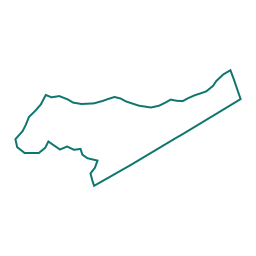 outline of Matinhas, Paraíba, Brazil
{"feature_id": "56859067B3328011598679", "entity_name": "Matinhas", "entity_type": "district", "adm_level": 2, "iso_a3": "BRA", "parent_name": "Brazil", "parent_adm1": "Paraíba", "projection": "albers", "projection_center": [-35.775, -7.119], "detail": "fine", "context": "isolated", "style": "outline", "palette": "teal", "viewbox_px": 256, "rotation_deg": 0, "n_neighbors": 0, "source": "geoboundaries", "source_scale": "gbopen_adm2", "svg_char_len": 785}
<svg xmlns="http://www.w3.org/2000/svg" viewBox="0 0 256 256"><path d="M230.4,70.2L223.2,74.5L216.3,81.0L213.0,85.9L206.2,91.4L200.8,93.3L194.9,95.2L188.3,98.1L182.7,101.1L176.7,100.8L170.7,99.6L165.4,102.6L159.1,105.7L151.0,107.5L139.0,105.7L131.0,103.1L125.9,101.4L120.6,98.5L114.5,97.0L108.7,98.8L102.8,100.9L93.8,103.4L81.6,104.0L73.1,102.6L67.7,99.4L59.3,96.1L51.5,97.3L45.8,95.0L40.8,104.5L35.1,111.0L29.0,116.9L25.5,125.5L22.6,131.1L15.4,139.2L17.2,147.2L24.6,153.0L32.1,153.0L38.8,153.0L45.2,147.8L48.4,141.5L53.9,145.4L60.0,149.5L67.1,146.5L74.0,149.8L80.5,148.9L82.4,154.7L87.4,158.2L97.5,160.6L94.9,167.8L90.5,173.4L92.1,179.8L94.1,185.8L131.9,164.3L175.2,138.4L182.2,134.4L228.7,106.3L240.6,99.1L233.7,79.0L230.4,70.2Z" fill="none" stroke="#0f766e" stroke-width="2"/></svg>